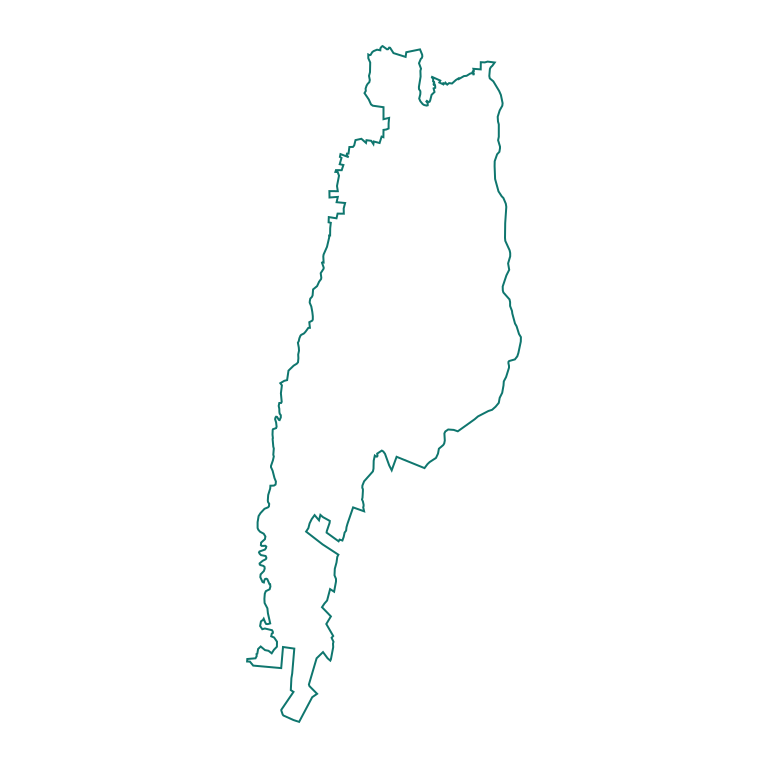 Tuxtla Chico, Chiapas, Mexico
{"feature_id": "50627088B6965194159018", "entity_name": "Tuxtla Chico", "entity_type": "district", "adm_level": 2, "iso_a3": "MEX", "parent_name": "Mexico", "parent_adm1": "Chiapas", "projection": "equal_earth", "projection_center": [-92.217, 14.877], "detail": "fine", "context": "isolated", "style": "outline", "palette": "teal", "viewbox_px": 768, "rotation_deg": 0, "n_neighbors": 0, "source": "geoboundaries", "source_scale": "gbopen_adm2", "svg_char_len": 6033}
<svg xmlns="http://www.w3.org/2000/svg" viewBox="0 0 768 768"><path d="M494.7,62.5L487.6,61.6L484.8,62.4L480.8,62.2L480.7,69.4L473.4,68.8L473.9,71.0L473.1,71.8L473.8,73.6L473.6,75.1L472.5,72.1L471.9,73.2L470.3,73.5L466.6,75.8L463.9,76.1L458.9,79.0L458.7,78.3L455.9,80.0L452.0,83.5L449.1,83.1L447.2,84.6L445.4,82.7L444.8,83.7L443.4,83.2L443.2,84.3L439.3,82.5L440.3,80.6L432.1,76.9L431.9,77.4L433.2,78.8L433.1,81.4L434.0,81.8L434.2,82.4L433.6,84.2L433.8,84.8L434.8,84.6L435.2,86.1L435.2,87.8L433.6,88.4L434.5,92.0L431.6,94.8L430.1,100.7L429.5,101.8L428.4,102.0L426.9,100.9L426.4,101.5L427.7,103.1L427.7,105.3L426.6,105.6L424.1,105.0L422.7,104.1L420.4,101.3L419.2,98.6L420.3,94.2L420.4,92.2L420.3,91.1L419.0,89.1L418.9,87.0L420.6,76.6L420.4,70.8L421.0,68.7L419.0,63.2L420.8,58.9L421.8,58.0L422.3,56.6L422.2,54.8L420.0,49.4L406.3,52.2L405.6,56.9L393.5,53.1L390.1,47.8L389.2,47.6L388.0,49.2L387.0,49.3L382.6,46.1L381.7,46.6L380.4,48.3L380.3,50.3L377.0,49.7L373.6,51.1L372.2,52.2L370.6,54.9L369.5,55.1L368.3,54.5L368.3,58.2L370.2,62.5L370.0,72.2L369.0,75.9L369.8,80.0L369.3,82.2L367.7,83.8L366.6,85.6L365.6,88.6L365.8,90.9L364.5,93.1L368.8,99.5L371.0,104.4L372.8,105.7L383.5,107.2L383.5,119.2L389.1,117.9L388.6,123.4L388.6,128.5L386.3,129.5L383.5,129.9L383.4,137.2L381.6,136.6L379.6,143.0L373.8,141.5L373.4,144.1L371.2,140.8L366.5,140.2L366.0,142.9L361.4,138.8L355.5,140.1L354.2,145.4L353.0,146.9L349.4,147.0L348.5,153.6L347.0,153.6L346.7,154.8L347.8,156.6L348.7,157.2L340.5,154.1L339.9,156.9L341.5,157.9L339.7,164.2L343.4,165.0L341.7,170.2L336.0,170.1L335.4,171.9L337.7,172.1L339.0,175.7L337.0,186.0L337.8,191.2L329.4,191.1L329.5,197.5L337.8,196.9L336.6,202.2L345.1,203.0L343.7,208.4L343.8,213.7L337.6,213.6L336.5,218.3L328.8,217.1L328.6,222.3L330.8,222.8L330.2,228.2L330.1,235.5L329.1,235.5L329.2,237.4L327.0,246.8L323.6,254.5L323.3,256.4L323.6,262.5L322.4,262.3L322.0,262.7L323.7,267.6L323.6,268.7L320.7,273.2L321.3,277.6L321.1,279.0L319.1,281.7L317.1,286.1L313.1,289.4L312.6,295.4L311.9,296.9L310.3,298.6L309.8,301.1L309.7,302.7L311.3,306.5L312.3,311.9L312.8,316.2L312.8,319.4L312.3,320.6L309.3,322.2L309.9,327.8L308.3,327.9L305.4,331.9L303.9,333.5L301.3,334.8L300.5,335.6L299.4,338.2L298.7,341.3L297.9,342.7L298.8,347.6L299.0,350.7L298.2,354.5L298.4,358.2L298.0,362.3L296.8,363.7L293.7,365.6L288.5,370.6L287.1,380.1L284.3,380.8L280.3,383.2L281.9,385.3L280.9,393.3L281.7,401.8L281.2,402.9L279.3,403.0L278.7,405.9L279.3,408.8L279.4,412.1L279.7,413.7L280.8,415.2L280.8,417.4L279.6,420.1L278.9,419.9L277.0,416.9L276.1,416.7L275.5,417.5L275.1,419.2L276.1,422.4L276.6,426.7L276.1,428.1L273.0,429.2L272.7,429.9L272.5,434.6L272.9,438.2L272.6,438.9L273.3,446.7L273.8,448.5L273.3,454.7L273.8,456.5L272.9,460.4L271.0,465.9L271.0,467.2L272.6,470.7L274.5,478.1L275.9,481.5L275.7,483.8L275.5,484.6L273.9,485.6L270.4,485.7L270.2,488.5L268.2,495.0L267.8,500.5L268.0,501.9L269.2,503.9L268.9,506.4L268.1,507.3L264.5,508.8L260.5,513.1L258.6,516.1L257.6,522.2L257.6,528.0L258.3,529.7L260.0,531.7L263.7,533.7L265.4,536.5L264.9,539.2L261.1,542.6L260.9,545.2L261.7,545.9L265.4,545.8L266.3,546.6L265.9,548.2L264.9,549.6L259.5,551.5L259.0,552.4L259.6,553.7L261.0,555.1L265.6,556.0L266.3,557.4L266.2,558.6L265.6,559.3L262.7,560.8L259.6,563.4L259.8,564.6L260.5,565.1L263.4,565.9L264.5,566.9L264.7,568.6L263.9,571.0L260.6,574.4L260.3,577.1L262.5,581.9L263.4,582.4L263.9,582.5L264.3,580.4L265.1,579.0L266.2,578.7L267.3,579.2L269.5,584.2L270.1,584.2L270.4,586.6L269.6,589.3L265.8,591.2L264.8,593.7L264.4,598.8L264.6,603.0L267.4,608.3L267.9,613.2L270.2,623.4L267.7,624.1L266.2,624.0L265.2,622.4L263.7,618.7L262.7,620.3L261.5,620.8L260.9,621.7L260.1,626.0L262.3,629.2L264.9,628.5L272.0,630.2L272.8,631.6L272.9,632.9L271.8,633.6L271.2,636.3L274.1,637.5L277.0,641.7L276.9,646.7L273.9,649.8L271.7,653.3L268.5,650.8L265.0,650.1L260.7,646.5L258.1,649.0L257.3,653.7L256.5,654.1L256.7,656.1L255.5,658.3L247.3,659.0L247.1,661.5L249.9,661.6L253.2,665.6L281.2,668.1L283.0,647.0L294.3,648.6L292.2,673.5L291.4,678.2L290.8,690.1L293.5,691.9L281.3,709.8L281.3,710.5L282.7,714.6L283.4,715.5L293.4,720.0L299.1,721.9L312.2,697.2L317.1,693.8L309.5,686.2L308.9,684.5L316.6,658.3L323.0,652.1L327.6,658.3L330.3,660.6L330.9,659.3L333.2,647.1L333.0,643.6L333.5,641.8L331.6,637.8L333.2,636.0L326.3,624.0L330.9,616.4L322.0,607.2L324.4,603.6L327.1,600.5L330.1,589.1L334.1,591.7L336.0,581.5L336.0,578.9L334.5,575.3L334.8,568.8L336.5,562.5L337.3,556.8L338.4,554.7L322.6,544.4L306.1,531.6L308.4,528.1L309.6,523.4L311.7,519.1L314.6,515.1L319.0,520.3L320.4,514.9L322.9,517.1L329.8,520.9L329.6,522.9L326.8,531.1L326.6,532.6L338.6,541.3L339.6,539.6L342.4,540.5L343.7,536.9L344.6,532.6L346.1,530.6L346.5,527.2L347.5,523.7L353.1,507.4L364.1,511.3L363.2,507.2L363.6,506.1L363.6,504.7L362.9,501.4L362.0,499.5L362.5,497.7L362.9,491.1L362.9,489.2L362.3,487.8L362.4,485.6L364.1,481.3L372.9,471.4L373.5,468.7L373.7,460.7L374.8,455.6L376.1,456.6L377.0,456.6L377.5,455.9L377.2,453.6L381.8,450.6L383.3,451.5L385.0,453.8L389.2,465.4L391.7,470.3L396.6,456.8L424.5,468.1L427.5,464.1L429.6,462.1L436.0,457.9L438.0,453.6L438.9,448.7L443.2,445.1L444.2,443.5L444.8,440.6L444.4,433.4L445.3,431.5L448.2,429.5L453.7,429.9L457.8,431.3L474.6,419.3L478.0,416.4L488.4,411.0L492.1,409.8L495.6,406.7L498.8,402.8L499.7,397.8L502.2,392.8L503.5,385.5L503.8,381.4L506.1,377.0L509.0,367.7L509.0,365.8L508.4,363.1L508.5,361.8L509.2,361.0L514.9,359.4L517.3,356.3L518.4,352.9L520.8,341.5L520.9,337.1L519.0,334.0L516.6,326.3L515.0,323.5L512.3,313.5L512.0,311.0L510.1,306.0L510.1,302.1L509.5,299.4L503.4,292.5L502.8,290.4L502.7,286.5L506.4,275.4L509.2,269.8L508.1,263.4L510.2,256.3L510.2,253.0L509.6,250.3L505.3,240.9L505.0,237.9L505.2,223.1L506.3,206.9L505.8,203.7L503.4,198.0L501.7,196.3L498.5,191.4L495.1,179.0L494.6,166.2L494.7,161.2L497.1,154.3L499.4,151.8L500.0,148.2L500.0,146.6L498.1,140.2L498.8,136.8L498.8,124.4L498.0,121.5L497.7,116.8L499.7,110.4L502.3,105.7L502.6,103.2L500.9,95.0L499.2,91.1L493.3,81.3L489.8,78.4L489.3,76.0L489.9,69.0L490.7,67.3L492.4,65.7L494.7,62.5Z" fill="none" stroke="#0f766e" stroke-width="2"/></svg>